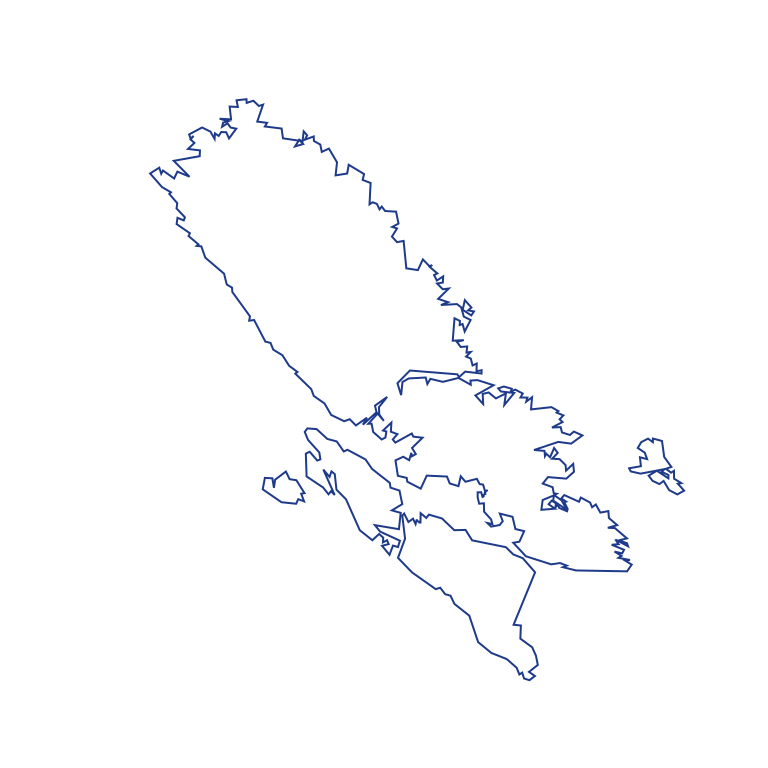 Karmøy nor, Rogaland, Norway, rotated 136°
{"feature_id": "86288312B31081381702542", "entity_name": "Karmøy nor", "entity_type": "district", "adm_level": 2, "iso_a3": "NOR", "parent_name": "Norway", "parent_adm1": "Rogaland", "projection": "orthographic", "projection_center": [5.261, 59.278], "detail": "fine", "context": "isolated", "style": "outline", "palette": "blue", "viewbox_px": 768, "rotation_deg": 136, "n_neighbors": 0, "source": "geoboundaries", "source_scale": "gbopen_adm2", "svg_char_len": 6149}
<svg xmlns="http://www.w3.org/2000/svg" viewBox="0 0 768 768"><g transform="rotate(136 384 384)"><path d="M339.3,80.4L331.3,82.0L333.2,89.5L329.3,86.5L336.1,96.1L332.6,95.4L334.6,103.3L330.3,96.7L326.5,98.0L331.9,110.2L326.5,105.8L325.7,110.6L325.3,110.5L321.2,97.7L319.8,100.6L323.6,108.3L316.5,104.2L318.0,120.0L322.9,125.1L314.3,120.5L315.3,131.4L310.9,136.7L317.7,141.2L315.3,150.2L319.9,150.8L318.1,155.5L321.3,165.6L325.5,163.8L331.5,178.9L335.9,178.5L334.7,172.9L336.4,173.8L338.7,166.5L340.7,165.3L344.1,173.3L342.8,176.0L346.2,176.3L343.2,178.7L344.4,183.6L349.1,183.2L347.6,175.5L358.2,184.2L350.5,190.3L339.2,185.9L343.3,182.6L339.9,166.3L337.1,176.9L338.8,185.8L336.1,185.1L337.8,187.5L334.4,192.6L339.0,202.1L330.7,203.1L318.6,189.3L308.3,188.9L303.4,195.1L313.2,195.2L309.7,199.6L309.9,208.0L314.9,213.4L306.9,213.8L306.1,219.8L315.4,215.9L315.7,221.1L318.3,220.3L315.0,224.4L321.9,232.3L298.9,221.3L290.8,211.1L277.0,209.2L280.5,217.9L285.7,218.2L289.6,225.5L286.9,230.3L293.4,236.0L282.0,232.6L282.2,236.6L276.8,236.8L279.7,243.5L277.4,243.4L279.6,251.0L295.9,263.6L286.7,271.6L293.9,272.5L290.3,274.6L295.2,279.5L290.8,280.8L293.5,288.8L298.2,290.4L295.4,291.8L299.5,298.9L304.9,301.5L305.1,297.4L296.6,287.1L312.1,285.3L302.8,292.6L313.5,295.9L314.6,305.2L319.9,308.3L326.6,300.7L326.2,312.3L306.0,307.0L314.1,321.9L319.4,326.4L322.1,323.2L326.2,336.6L340.1,344.6L347.1,355.5L352.8,353.9L349.5,359.7L362.3,370.8L369.3,372.6L379.4,364.1L373.8,375.2L356.0,375.7L324.5,340.0L325.3,336.8L317.0,336.5L306.6,323.8L304.2,326.1L308.6,328.9L303.1,334.3L307.4,335.8L303.9,342.0L305.9,346.7L299.4,346.8L302.8,349.3L298.1,353.2L303.1,357.4L302.3,363.8L296.1,360.1L304.5,367.4L287.6,382.3L285.6,376.6L288.6,373.8L285.8,372.6L289.5,365.7L277.2,369.9L279.8,377.0L276.1,383.9L273.6,372.7L268.9,373.7L272.3,378.5L268.0,378.3L267.6,388.2L274.9,383.3L276.0,390.8L288.2,401.3L281.1,398.4L285.9,407.6L271.1,407.7L275.9,411.3L276.0,419.4L271.2,416.1L266.7,420.3L274.1,421.7L272.3,427.6L268.8,426.5L269.8,436.5L266.7,436.0L269.5,437.2L269.5,446.6L280.5,442.4L287.6,451.7L270.5,473.3L276.1,477.0L275.9,484.5L266.6,486.8L269.0,491.3L262.1,489.3L255.6,499.6L263.0,507.6L262.4,513.2L265.9,512.7L264.0,518.5L265.9,522.6L269.6,523.3L254.0,537.9L257.6,545.6L252.5,548.9L257.1,566.2L264.3,561.0L273.9,567.7L263.8,576.1L260.1,591.6L267.5,594.2L263.5,600.5L265.6,607.5L262.6,610.9L271.2,614.7L266.5,616.3L266.3,621.5L274.3,614.9L275.4,619.6L275.5,612.8L283.0,616.7L276.3,618.3L286.0,630.9L280.2,638.9L290.8,652.0L286.7,653.1L292.9,660.8L276.9,669.0L280.9,670.9L281.2,678.5L287.5,681.6L285.1,684.4L293.0,690.5L296.7,684.8L302.3,690.8L310.2,680.6L318.0,689.0L313.4,681.3L318.2,683.8L321.8,681.5L315.4,680.2L316.2,675.0L312.9,670.3L324.9,668.3L322.6,674.7L326.0,678.3L330.6,677.3L331.5,681.7L335.6,678.0L333.5,686.1L336.7,694.9L350.8,698.9L352.7,694.9L348.6,694.7L353.3,694.3L352.9,689.1L361.7,689.2L354.1,679.9L358.3,675.9L380.2,690.6L379.9,668.2L385.1,680.3L392.2,677.6L394.7,691.1L398.2,690.0L395.4,695.7L406.0,697.9L406.9,679.8L404.1,669.9L406.4,669.9L407.1,657.7L411.3,654.4L411.4,642.2L414.4,640.8L417.1,647.0L422.1,643.1L418.9,627.3L421.8,626.2L420.5,613.4L422.8,613.5L419.8,609.9L424.8,599.0L422.4,574.5L428.0,564.8L426.4,558.9L429.2,555.5L433.4,525.8L437.0,523.2L433.0,520.3L439.9,496.9L437.1,492.4L439.8,485.6L437.1,475.3L439.6,462.9L437.9,452.8L440.6,453.1L439.9,430.9L442.8,424.2L440.3,411.4L443.5,398.4L438.5,384.9L433.1,382.5L433.0,373.7L419.7,371.6L427.4,369.4L409.0,368.9L405.5,374.7L390.7,372.5L403.6,370.9L408.6,365.4L409.7,357.6L409.1,367.2L422.9,366.3L420.5,364.1L425.1,357.0L424.2,345.7L420.2,344.5L415.3,348.2L417.0,351.2L405.5,351.1L412.2,344.9L409.2,338.6L416.2,338.0L416.6,334.0L398.4,329.1L399.5,325.8L393.6,318.6L408.3,318.5L409.8,311.5L414.1,312.6L412.2,315.5L418.8,311.7L420.7,318.3L428.8,321.1L437.8,308.3L432.9,300.7L435.1,297.5L430.3,283.2L416.9,288.4L403.0,273.7L405.8,266.8L401.4,258.8L392.9,264.3L393.3,257.1L383.1,251.3L384.7,245.5L382.6,242.8L385.9,236.5L383.1,235.8L386.9,235.9L387.5,234.5L389.2,235.1L390.2,234.0L390.9,234.0L391.6,234.3L389.3,238.6L391.9,241.0L395.3,237.5L398.7,231.8L395.0,228.8L400.7,222.6L401.0,212.2L403.4,207.9L406.2,212.2L406.0,207.0L398.8,202.2L393.9,202.8L390.7,210.3L383.8,199.2L390.2,188.4L385.4,180.8L396.1,176.5L401.3,180.0L401.6,161.5L389.0,138.1L381.8,133.0L378.7,126.4L382.5,127.9L375.4,116.5L339.3,80.4ZM406.1,143.6L405.2,162.3L409.4,171.6L409.7,182.0L429.2,210.3L426.7,222.4L435.0,230.0L435.7,247.0L442.4,258.8L446.6,258.3L447.4,265.6L454.0,259.0L454.8,259.8L454.6,260.9L455.3,262.3L454.9,263.2L455.3,263.4L458.6,261.3L456.7,267.0L462.3,267.8L459.5,276.8L462.2,276.7L476.3,258.1L494.7,249.2L494.7,228.9L489.3,200.5L485.1,198.4L486.0,190.3L483.2,185.5L486.1,176.9L483.6,158.1L495.6,132.9L493.6,115.9L486.8,100.9L485.7,87.8L488.4,81.0L485.1,80.4L487.8,74.8L485.1,69.9L478.3,69.1L479.7,76.2L468.5,75.1L463.5,82.9L460.3,91.6L462.8,106.1L453.3,115.2L458.0,120.8L406.1,143.6ZM487.2,257.0L481.4,260.2L489.3,280.4L488.6,288.8L474.1,269.2L461.5,279.7L466.1,287.6L454.3,284.9L446.9,296.6L451.3,304.9L448.5,308.9L451.6,331.1L449.7,342.6L456.0,362.1L459.8,363.4L457.9,375.5L462.9,383.8L463.8,398.4L470.0,405.3L474.3,404.6L477.5,396.5L478.1,379.7L482.1,374.0L485.2,375.3L484.5,386.9L488.6,388.2L503.9,371.3L499.7,351.9L500.5,343.2L496.5,343.7L496.6,338.4L487.1,364.6L487.7,355.0L482.5,357.6L482.0,353.4L491.6,341.0L491.4,327.5L503.0,295.6L500.9,279.7L491.7,279.5L491.3,274.0L494.8,270.8L490.3,269.5L491.9,265.6L497.8,269.0L498.7,257.3L489.8,261.5L487.2,257.0ZM249.7,100.8L242.2,98.8L241.9,108.1L239.0,106.2L241.1,114.4L235.7,120.1L239.1,120.8L240.1,127.2L234.9,124.7L233.1,136.9L223.6,149.9L228.4,157.9L231.0,155.4L232.0,161.3L239.3,163.5L245.9,161.7L244.1,153.5L246.9,147.2L250.8,153.5L256.3,146.4L266.2,153.1L267.2,149.7L261.7,141.3L241.2,127.8L245.3,128.0L242.6,120.9L245.0,118.6L248.0,132.1L257.3,134.2L258.1,127.8L255.4,120.7L250.2,120.0L252.6,109.6L249.7,100.8ZM525.7,360.7L523.0,355.1L519.8,362.6L517.0,360.7L513.9,375.7L518.0,381.1L515.4,389.2L528.8,390.8L535.3,385.8L529.8,393.7L534.9,399.2L544.4,392.5L539.9,370.2L530.4,358.9L525.7,360.7Z" fill="none" stroke="#1e3a8a" stroke-width="2"/></g></svg>